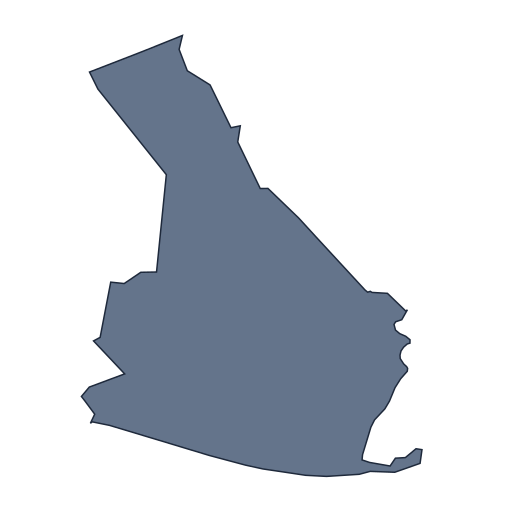 outline of Monmouth, New Jersey, United States of America, rotated 93°
{"feature_id": "52423323B66186032617491", "entity_name": "Monmouth", "entity_type": "district", "adm_level": 2, "iso_a3": "USA", "parent_name": "United States of America", "parent_adm1": "New Jersey", "projection": "mercator", "projection_center": [-74.184, 40.279], "detail": "fine", "context": "isolated", "style": "filled", "palette": "slate", "viewbox_px": 512, "rotation_deg": 93, "n_neighbors": 0, "source": "geoboundaries", "source_scale": "gbopen_adm2", "svg_char_len": 1125}
<svg xmlns="http://www.w3.org/2000/svg" viewBox="0 0 512 512"><g transform="rotate(93 256 256)"><path d="M57.6,379.8L81.0,431.9L97.6,422.6L179.5,349.8L277.2,354.5L278.3,370.2L290.4,386.2L289.7,399.7L345.4,407.4L349.3,413.8L380.6,381.0L395.6,415.6L405.4,423.0L409.8,419.2L422.4,408.8L431.7,412.6L430.2,410.8L432.8,393.4L451.3,317.9L453.1,310.6L457.6,292.3L465.4,255.5L468.3,237.9L470.2,217.8L472.4,195.0L472.4,174.0L468.6,141.5L465.1,130.7L464.7,106.1L454.5,81.3L440.7,80.1L440.1,86.1L449.5,96.3L450.6,106.2L458.7,111.1L456.2,131.8L454.1,139.4L448.8,139.2L420.9,132.3L413.4,129.0L401.9,119.3L393.9,115.1L380.3,110.3L371.0,105.1L363.2,98.9L360.3,98.7L358.7,99.7L356.0,102.9L350.9,106.6L347.4,107.0L343.2,106.2L339.3,103.8L335.9,100.3L335.0,97.7L331.6,97.8L328.3,102.3L326.0,108.4L322.7,112.8L317.1,114.6L314.4,113.1L312.0,107.1L301.8,102.0L303.2,103.5L286.4,122.8L286.3,138.3L285.3,140.0L286.3,142.6L284.2,145.4L257.4,172.9L232.9,198.0L215.9,215.3L187.9,247.6L188.4,255.3L143.1,280.2L126.8,278.5L129.2,287.7L87.6,310.8L74.6,334.3L53.7,343.6L39.6,341.0L57.6,379.8Z" fill="#64748b" stroke="#1e293b" stroke-width="1.5"/></g></svg>